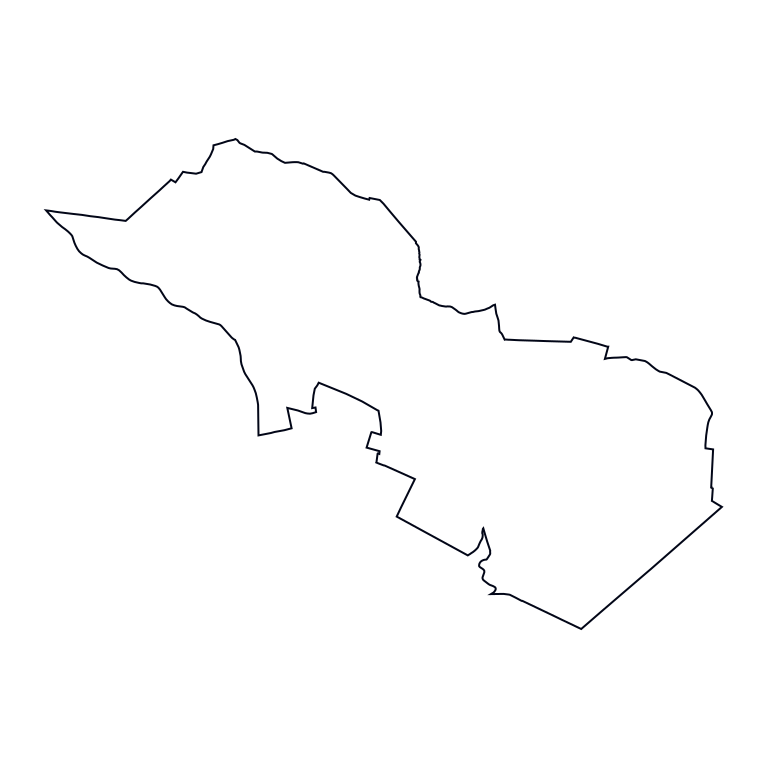 the district of Foieni, Satu Mare, Romania
{"feature_id": "2599482B43707290171082", "entity_name": "Foieni", "entity_type": "district", "adm_level": 2, "iso_a3": "ROU", "parent_name": "Romania", "parent_adm1": "Satu Mare", "projection": "albers", "projection_center": [22.347, 47.703], "detail": "fine", "context": "isolated", "style": "outline", "palette": "ink", "viewbox_px": 768, "rotation_deg": 0, "n_neighbors": 0, "source": "geoboundaries", "source_scale": "gbopen_adm2", "svg_char_len": 6058}
<svg xmlns="http://www.w3.org/2000/svg" viewBox="0 0 768 768"><path d="M602.9,610.2L648.1,571.4L650.7,569.2L721.9,506.9L718.2,504.7L711.9,500.9L712.2,497.0L712.8,488.5L711.2,487.6L711.3,487.2L711.2,487.2L713.1,449.4L705.5,448.3L705.4,445.3L706.2,435.4L707.3,427.7L707.7,425.2L708.3,422.3L709.3,419.5L710.3,417.7L711.7,415.0L712.0,414.1L712.0,412.8L711.9,412.1L710.9,410.2L709.0,407.1L707.1,404.0L705.2,400.7L701.7,394.8L699.9,392.4L698.2,390.4L696.8,389.1L695.0,387.7L669.9,374.7L666.3,372.9L659.7,371.6L658.1,370.7L655.9,369.3L652.1,366.3L649.1,363.7L647.4,362.4L645.7,361.4L644.9,361.0L641.7,360.4L635.8,359.3L632.0,360.1L631.2,360.0L629.2,358.7L627.0,357.3L626.8,357.2L625.9,357.1L622.5,357.3L617.8,357.6L614.4,357.7L612.2,357.8L607.7,358.2L604.9,358.9L605.4,357.1L608.2,346.7L607.7,346.7L607.1,346.6L597.8,343.8L576.6,338.1L575.6,337.8L574.4,337.7L574.2,337.6L573.7,337.4L570.8,341.8L546.3,341.1L534.9,340.7L518.3,340.2L510.6,339.8L508.0,339.7L505.5,339.5L504.7,339.7L502.3,334.7L501.7,333.7L500.9,332.8L499.9,331.9L499.6,331.2L499.4,330.7L499.2,328.8L499.0,325.6L498.5,320.6L498.0,318.9L497.4,317.0L496.3,313.7L495.6,309.2L495.0,304.7L494.1,305.0L493.2,305.3L491.2,306.6L490.3,307.2L489.3,307.8L487.0,308.7L485.0,309.6L483.5,310.0L481.7,310.4L478.6,311.1L475.0,311.5L472.8,312.0L472.0,312.0L471.1,312.2L465.8,313.7L464.3,313.9L462.4,313.6L460.8,313.1L458.7,312.2L457.4,311.2L456.9,310.7L455.6,309.7L452.2,307.3L451.6,307.0L450.1,306.5L449.9,306.5L447.5,306.4L447.2,306.4L446.9,306.5L445.3,306.5L443.4,306.2L442.0,306.0L440.4,305.6L439.3,305.4L436.2,303.8L435.5,303.4L434.1,302.8L432.9,302.0L432.4,301.9L431.4,301.8L431.0,301.7L430.1,300.8L429.2,300.4L427.0,299.6L425.7,299.1L423.7,298.4L422.1,297.6L421.3,297.3L420.5,297.2L420.4,297.0L420.3,296.3L420.4,295.4L419.8,293.9L419.6,293.2L419.5,292.1L419.5,290.6L419.5,289.7L419.6,289.4L419.4,288.2L418.8,286.0L418.5,284.1L418.4,282.8L418.6,281.9L418.6,281.5L418.4,281.4L417.7,281.2L417.4,280.8L417.1,280.0L417.2,279.7L417.3,279.4L417.1,279.2L417.1,278.3L416.9,278.0L416.9,277.7L417.1,277.3L417.1,276.5L417.5,275.8L417.8,274.8L418.5,273.1L418.9,272.7L418.8,272.2L418.9,271.5L419.0,271.2L419.7,269.6L419.8,268.6L419.8,267.3L420.4,265.7L420.5,264.9L420.4,263.8L420.3,263.2L419.8,262.1L419.7,261.8L419.9,261.3L420.3,260.4L420.4,259.9L419.8,259.8L419.6,259.7L419.6,259.3L419.7,258.7L419.5,258.1L419.4,257.6L419.3,257.1L419.5,255.6L419.6,254.7L419.3,253.8L419.2,253.4L419.3,253.0L419.4,252.5L419.3,251.8L419.1,251.2L419.1,250.4L418.7,249.0L418.8,247.6L418.5,246.5L417.7,245.3L415.9,243.2L416.0,241.8L398.6,221.7L390.4,212.0L383.5,203.7L379.8,200.0L369.6,198.0L369.2,199.7L364.6,198.5L359.6,197.0L355.4,195.6L350.8,192.9L346.4,188.3L333.8,175.4L332.5,174.2L331.0,173.2L328.9,172.6L324.4,171.8L323.1,171.8L303.7,163.4L303.0,163.7L298.2,162.2L295.4,162.1L292.6,162.2L285.5,162.8L284.9,162.8L281.3,161.1L278.6,159.4L277.4,158.7L272.2,154.2L271.6,153.9L267.3,152.8L262.4,152.6L257.4,151.6L256.5,151.5L254.8,151.5L249.6,148.2L244.4,144.9L240.5,143.4L239.9,143.1L239.3,142.6L238.3,141.3L237.4,140.1L235.4,139.0L233.8,139.8L227.7,141.1L222.5,142.8L217.8,144.2L213.5,145.3L213.2,149.0L210.9,154.5L209.8,156.7L206.6,161.6L205.2,164.2L203.3,167.0L201.5,172.1L196.1,173.7L190.5,173.0L187.0,172.6L183.0,171.8L178.4,178.4L175.5,182.3L170.9,179.6L169.6,181.1L164.2,186.0L158.9,190.9L150.7,198.2L145.0,203.4L138.6,209.2L135.0,212.4L128.1,218.8L125.7,220.9L120.4,220.2L114.9,219.6L107.5,218.5L98.3,217.1L90.4,216.2L82.0,214.9L72.9,213.9L59.5,212.3L55.0,211.7L51.6,211.1L47.9,210.6L46.1,210.4L48.3,212.9L50.0,214.9L52.2,217.2L55.0,220.4L56.8,222.4L57.9,223.4L59.9,225.1L62.1,227.0L65.3,229.3L68.0,231.5L69.9,233.3L71.4,234.9L72.3,236.2L73.1,238.7L74.4,242.7L75.7,245.7L77.4,248.9L79.1,251.3L81.1,253.2L82.8,254.5L84.5,255.4L87.3,256.6L89.4,257.8L96.7,262.6L102.7,265.5L108.6,268.0L110.7,268.5L113.4,268.7L114.9,268.8L117.1,269.2L119.1,270.3L121.5,272.5L123.9,275.1L126.4,277.4L129.2,279.6L131.2,280.7L134.6,281.9L138.9,282.9L141.0,283.3L143.0,283.3L150.2,284.5L155.2,285.9L157.1,286.7L158.4,287.7L160.0,289.6L164.8,297.3L166.1,299.2L168.1,301.4L169.8,302.9L171.9,304.4L174.5,305.4L177.0,306.0L182.9,306.8L184.7,307.3L186.6,308.6L192.8,312.4L195.3,313.5L197.2,314.8L199.2,316.5L200.2,317.5L201.9,318.6L206.0,320.5L210.2,321.9L219.1,324.4L220.1,324.9L221.3,325.9L231.7,337.6L233.2,338.8L234.5,339.7L235.1,339.9L238.6,347.2L239.3,349.5L239.6,350.9L240.6,355.9L240.8,358.7L240.9,361.1L241.5,364.3L244.1,371.7L245.3,374.1L252.5,385.3L253.6,387.4L254.6,389.9L255.8,393.2L256.8,397.5L257.7,402.2L258.1,404.9L258.5,435.4L270.9,433.0L274.5,432.0L284.4,430.2L291.6,428.3L287.3,407.9L297.9,410.5L305.3,413.1L307.4,413.5L310.0,413.7L312.6,413.2L316.1,412.1L315.5,407.5L312.2,408.1L313.5,395.3L314.8,388.7L317.3,385.4L318.7,382.7L346.3,393.9L362.2,401.5L377.3,410.2L378.5,410.7L380.5,422.4L381.2,431.0L380.8,434.8L372.3,432.2L371.8,432.1L371.4,432.2L371.2,432.7L366.6,447.6L379.6,451.2L379.3,453.9L378.1,453.4L377.8,453.4L377.6,453.7L376.5,462.0L376.3,462.5L378.4,463.4L383.7,465.4L384.6,465.5L384.8,465.6L414.9,479.1L400.8,507.9L396.7,516.6L467.8,555.4L470.2,553.9L471.3,553.1L472.9,552.1L474.7,550.7L476.3,549.2L477.6,547.8L478.1,547.0L479.3,544.0L480.5,541.4L481.8,539.3L482.5,537.5L482.7,535.7L482.7,534.4L482.3,533.4L482.3,532.0L482.7,530.2L482.9,528.8L483.3,528.3L485.0,534.2L487.2,541.6L490.2,550.6L490.1,551.6L490.2,553.3L490.2,553.8L489.8,554.7L487.1,558.8L486.8,559.2L486.5,559.5L486.1,559.6L484.9,559.7L483.6,560.0L482.2,560.6L480.9,561.5L480.1,562.4L479.6,563.3L479.3,564.0L479.2,564.6L479.1,565.7L479.2,566.3L479.9,567.1L482.5,568.8L483.5,569.6L483.9,570.1L484.3,570.9L484.3,572.3L483.3,575.2L482.6,577.2L482.5,577.8L482.6,578.6L483.0,579.6L484.0,580.6L488.7,584.2L490.1,585.0L491.3,585.4L493.1,586.1L494.7,587.0L495.3,587.5L495.5,587.9L495.7,588.6L495.7,589.1L495.5,589.9L494.9,590.9L494.3,591.7L493.6,592.5L492.8,593.0L491.9,593.5L490.9,594.1L503.5,593.9L509.1,594.6L509.9,594.8L515.5,597.6L521.7,600.9L522.4,600.9L547.8,613.0L557.6,617.7L562.1,619.9L581.2,629.0L602.9,610.2Z" fill="none" stroke="#020617" stroke-width="2"/></svg>